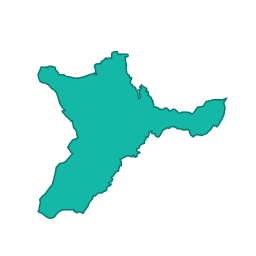 Pringsewu, Lampung, Indonesia, rotated 261°
{"feature_id": "22746128B80903663444835", "entity_name": "Pringsewu", "entity_type": "district", "adm_level": 2, "iso_a3": "IDN", "parent_name": "Indonesia", "parent_adm1": "Lampung", "projection": "mercator", "projection_center": [104.953, -5.369], "detail": "fine", "context": "isolated", "style": "filled", "palette": "teal", "viewbox_px": 256, "rotation_deg": 261, "n_neighbors": 0, "source": "geoboundaries", "source_scale": "gbopen_adm2", "svg_char_len": 5826}
<svg xmlns="http://www.w3.org/2000/svg" viewBox="0 0 256 256"><g transform="rotate(261 128 128)"><path d="M67.2,29.5L64.5,28.3L61.3,27.5L59.8,26.2L58.5,27.3L57.6,29.3L53.8,32.8L51.9,34.9L51.1,36.7L51.0,39.5L51.6,41.3L54.9,44.7L56.7,48.0L57.2,50.7L57.0,53.7L55.9,60.1L55.8,61.8L54.4,61.6L53.8,61.9L53.6,63.2L52.9,63.4L52.2,64.1L52.7,65.5L52.7,67.0L52.3,68.2L51.3,69.2L50.7,70.2L52.0,71.3L52.8,71.6L52.9,72.2L54.5,73.6L55.5,74.7L56.7,75.6L56.8,76.0L57.4,76.6L58.3,76.7L60.0,77.9L62.1,80.0L63.5,81.7L63.9,81.7L65.0,82.3L65.5,83.1L66.3,83.3L66.7,83.8L66.2,84.4L66.1,85.1L66.3,85.7L67.5,86.7L68.3,87.7L68.3,90.8L68.0,91.5L68.0,92.3L69.0,93.8L69.4,96.1L69.8,97.1L70.5,97.3L71.5,97.3L72.1,97.6L73.4,99.1L73.7,100.4L73.7,101.2L74.2,101.5L75.1,102.6L75.4,102.5L75.1,101.1L76.3,100.4L76.7,100.4L77.2,101.1L77.5,102.8L78.1,103.8L79.9,104.9L80.5,104.9L80.8,104.1L81.5,103.8L82.7,104.3L82.8,105.9L83.8,106.7L84.6,107.6L85.6,108.1L86.2,109.1L86.9,110.5L86.9,111.9L87.5,112.2L88.6,112.1L89.3,112.5L90.3,113.3L92.0,113.7L92.0,114.4L91.8,115.3L92.5,115.7L94.2,115.8L95.5,116.1L96.1,116.0L97.0,115.3L98.5,115.4L98.2,116.0L99.6,119.4L100.6,123.4L100.3,124.1L100.3,124.9L99.3,126.3L99.0,127.3L99.2,128.0L99.8,128.2L99.9,128.4L100.4,128.6L100.4,128.9L100.0,129.5L99.0,129.5L99.0,130.0L98.3,130.0L98.1,130.4L98.2,131.4L98.6,132.3L99.0,131.9L100.2,133.0L101.7,134.0L101.4,135.2L101.5,135.8L102.2,135.8L102.5,135.5L102.7,133.7L103.6,133.0L105.9,133.3L106.4,135.6L107.2,136.3L108.7,136.6L110.1,139.7L110.2,141.6L110.4,141.9L111.3,141.9L112.2,142.1L114.3,144.1L115.9,143.9L116.5,144.1L115.7,145.4L116.0,146.4L118.0,147.6L121.2,148.6L121.1,149.6L121.4,151.0L120.8,150.8L120.3,150.4L119.5,150.3L119.2,150.5L118.3,152.2L118.4,153.5L116.5,153.7L115.8,154.0L114.2,156.6L115.5,158.3L117.7,160.2L119.3,161.1L119.8,161.8L120.7,162.3L120.8,163.6L121.1,164.0L121.3,165.1L122.2,166.0L121.8,166.4L121.8,167.2L121.4,167.9L121.4,168.5L121.5,169.4L122.1,169.9L122.5,170.7L122.6,171.4L121.6,174.7L120.0,176.2L119.4,177.1L119.0,179.6L118.7,180.4L117.8,181.3L117.0,184.1L117.3,185.1L117.1,186.7L115.4,188.2L113.5,188.2L112.5,188.7L111.1,188.8L110.4,189.9L109.9,190.1L109.9,190.6L109.1,190.9L110.8,194.5L109.0,200.1L109.7,201.9L110.3,204.9L111.7,206.6L113.0,208.7L113.9,209.7L117.3,212.9L116.8,213.6L116.4,214.6L116.4,214.9L115.9,215.4L115.8,216.2L115.5,216.2L116.9,217.9L122.3,222.3L125.6,224.5L131.9,226.8L134.8,226.9L135.8,226.5L136.8,226.5L138.1,226.7L139.0,227.2L139.7,227.8L139.9,228.4L141.8,229.8L141.3,227.1L141.3,223.9L142.6,217.7L142.1,212.8L141.9,209.4L139.1,206.8L137.8,206.0L137.6,203.5L137.7,200.0L132.5,195.1L132.3,194.5L131.7,193.6L133.7,191.1L134.8,187.1L135.2,183.7L134.5,181.8L134.7,180.8L138.4,177.7L139.0,177.2L139.3,176.7L139.4,175.8L139.3,175.1L138.0,172.3L138.8,171.3L139.7,171.2L140.2,170.5L141.7,169.2L141.3,168.4L141.9,167.7L140.9,165.6L140.9,164.5L141.2,164.0L141.7,161.9L143.1,161.1L144.4,158.7L144.5,157.5L144.3,157.2L145.4,156.8L147.9,157.1L149.3,156.4L150.1,156.6L150.5,157.0L151.0,156.8L151.6,156.2L152.3,156.2L152.7,156.0L153.1,155.6L154.3,155.7L154.7,155.5L155.1,154.8L155.6,154.8L156.1,154.1L156.8,153.8L156.9,153.0L157.2,152.7L158.4,153.4L159.0,153.5L161.1,153.4L161.3,152.5L161.1,152.1L161.0,151.5L161.4,151.2L162.0,151.2L163.3,152.5L164.1,152.6L166.3,149.8L167.2,149.1L167.6,148.3L168.4,148.1L167.2,146.8L166.9,146.0L166.5,146.0L165.9,147.0L164.3,147.2L165.0,146.9L164.8,146.5L164.6,146.4L164.4,146.1L163.9,145.8L163.7,145.8L164.2,145.1L164.1,144.7L162.6,145.0L160.4,144.7L160.1,144.9L158.2,144.8L157.0,145.2L156.0,144.8L155.5,144.3L155.3,143.6L155.6,142.8L156.5,143.4L157.6,143.0L159.6,143.1L159.9,142.8L161.3,143.1L163.7,142.8L164.2,142.2L164.6,142.0L164.7,141.8L164.9,141.6L165.5,141.5L166.0,141.9L166.5,141.7L166.7,141.3L168.2,140.1L169.1,138.8L170.4,138.7L171.9,137.0L175.0,138.4L175.9,139.2L177.1,139.4L177.5,138.8L177.4,137.5L179.8,137.5L180.0,137.2L180.1,136.6L180.6,136.5L182.3,135.5L183.4,135.2L183.8,135.5L186.5,135.2L187.8,135.8L188.9,135.8L189.0,135.9L190.5,135.7L190.5,136.3L194.5,136.1L198.0,136.4L198.6,136.1L198.9,136.4L198.5,137.9L198.7,139.1L200.2,139.5L200.6,139.2L201.2,138.2L201.5,135.6L202.1,133.1L202.0,131.8L202.6,129.8L203.1,129.5L205.1,129.3L205.3,129.2L205.3,125.4L204.7,124.1L204.1,123.6L199.6,122.7L200.2,118.2L200.4,117.4L199.8,117.4L200.4,116.9L200.4,116.5L199.0,115.0L198.2,113.3L198.1,112.6L197.5,111.7L195.8,111.2L195.8,110.2L196.2,109.6L196.2,108.8L196.0,107.6L196.2,106.8L195.8,105.6L195.3,105.6L195.1,105.4L195.1,104.8L194.4,104.5L193.1,104.5L192.2,104.8L190.4,105.1L188.2,104.8L186.2,105.5L185.7,105.0L186.1,104.1L187.4,103.6L187.4,103.2L186.8,100.4L186.9,99.9L186.7,98.4L185.8,94.4L185.8,93.4L185.4,93.0L185.3,92.6L185.5,92.4L185.2,92.0L185.2,91.1L185.0,90.7L185.4,89.8L185.3,88.7L184.9,87.4L185.0,86.4L185.3,85.9L185.0,84.9L189.0,74.4L190.5,73.2L191.3,68.3L194.1,67.5L196.3,65.7L199.3,65.5L200.5,62.9L201.0,62.1L201.4,59.7L200.1,58.4L200.6,58.3L201.0,57.9L201.0,55.1L201.5,53.6L201.7,51.7L198.4,49.8L196.5,48.5L194.5,47.4L191.1,47.7L187.6,48.5L187.3,49.3L187.1,49.3L185.7,51.6L185.1,53.9L183.3,55.9L181.5,57.3L179.0,58.7L177.9,59.9L177.0,61.1L173.8,62.9L169.4,63.7L166.3,64.0L164.4,64.4L163.3,64.4L161.8,64.9L159.3,65.9L155.1,68.5L155.0,66.9L155.2,66.0L154.7,65.8L154.0,65.8L150.6,68.1L148.6,69.1L148.1,70.1L147.6,70.6L146.3,71.1L144.5,72.5L143.4,73.0L143.6,74.1L140.1,74.3L137.8,74.3L136.3,74.7L134.6,75.9L133.0,76.5L128.6,76.5L127.1,77.1L126.1,77.3L125.8,75.0L125.2,74.7L125.2,73.1L124.8,71.3L123.9,70.6L123.7,70.2L123.2,70.1L123.3,69.8L122.6,69.2L121.9,68.1L121.3,67.8L120.5,67.1L119.7,67.0L119.1,66.6L119.1,66.0L118.4,65.4L116.1,66.4L115.8,66.9L114.6,67.2L112.2,68.4L111.5,69.4L106.7,63.7L104.0,60.2L103.5,54.8L100.5,51.2L100.0,50.9L92.8,48.3L84.2,44.5L78.1,38.0L75.5,35.7L74.7,33.9L72.1,30.4L70.6,29.5L69.3,29.9L67.2,29.5Z" fill="#14b8a6" stroke="#0f766e" stroke-width="1.5"/></g></svg>